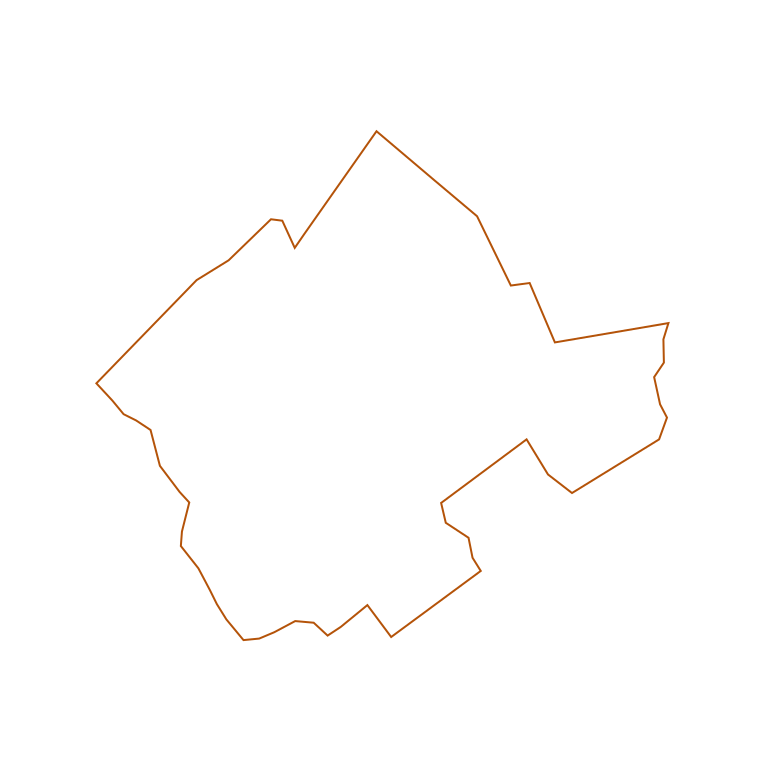 Vespasiano Corrêa, Rio Grande do Sul, Brazil, rotated 324°
{"feature_id": "56859067B34356818702196", "entity_name": "Vespasiano Corrêa", "entity_type": "district", "adm_level": 2, "iso_a3": "BRA", "parent_name": "Brazil", "parent_adm1": "Rio Grande do Sul", "projection": "orthographic", "projection_center": [-51.871, -29.065], "detail": "fine", "context": "isolated", "style": "outline", "palette": "amber", "viewbox_px": 768, "rotation_deg": 324, "n_neighbors": 0, "source": "geoboundaries", "source_scale": "gbopen_adm2", "svg_char_len": 790}
<svg xmlns="http://www.w3.org/2000/svg" viewBox="0 0 768 768"><g transform="rotate(324 384 384)"><path d="M125.5,424.0L123.8,436.0L122.0,448.5L119.4,463.8L118.1,481.8L119.8,508.6L133.4,516.6L149.2,520.3L172.8,523.6L186.8,535.8L190.5,554.4L206.3,555.1L240.6,553.1L241.1,592.9L352.4,592.1L353.5,576.6L362.0,558.1L352.4,532.6L360.3,513.8L466.8,512.6L463.5,553.6L472.0,582.7L574.0,590.5L593.2,577.5L595.4,562.7L606.6,537.2L623.0,531.2L636.3,512.1L649.9,501.9L546.7,450.8L561.2,387.9L544.5,378.9L557.9,303.0L544.6,249.2L526.5,175.1L407.4,215.9L391.8,221.4L397.7,192.1L389.4,184.3L331.0,192.6L293.5,189.8L151.7,214.4L154.5,237.7L155.6,255.4L162.0,267.7L168.1,284.0L154.6,318.5L155.2,351.3L156.8,365.4L133.8,384.6L124.4,395.7L125.5,424.0Z" fill="none" stroke="#b45309" stroke-width="2"/></g></svg>